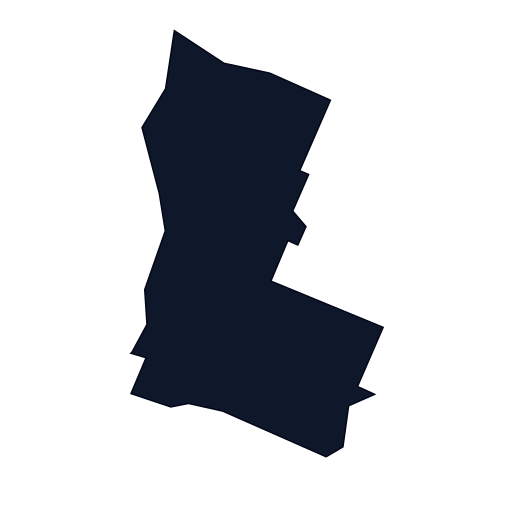 Clay, Georgia, United States of America, rotated 23°
{"feature_id": "52423323B17286883599255", "entity_name": "Clay", "entity_type": "district", "adm_level": 2, "iso_a3": "USA", "parent_name": "United States of America", "parent_adm1": "Georgia", "projection": "natural_earth1", "projection_center": [-84.978, 31.633], "detail": "fine", "context": "isolated", "style": "filled", "palette": "ink", "viewbox_px": 512, "rotation_deg": 23, "n_neighbors": 0, "source": "geoboundaries", "source_scale": "gbopen_adm2", "svg_char_len": 547}
<svg xmlns="http://www.w3.org/2000/svg" viewBox="0 0 512 512"><g transform="rotate(23 256 256)"><path d="M263.6,83.5L197.4,82.3L151.2,91.1L92.8,80.5L97.9,100.2L107.4,137.4L100.9,182.3L142.6,236.3L162.7,268.3L166.7,330.4L182.4,361.6L179.4,393.1L178.8,394.4L194.6,392.6L194.7,431.5L236.6,428.2L251.5,418.1L285.8,411.8L399.0,413.4L410.6,397.7L399.8,357.7L419.2,337.0L400.4,336.5L400.9,272.0L279.5,273.3L279.3,229.4L290.2,229.5L290.5,209.4L272.2,200.3L272.6,160.4L262.9,160.4L263.6,83.5Z" fill="#0f172a" stroke="#020617" stroke-width="1.5"/></g></svg>